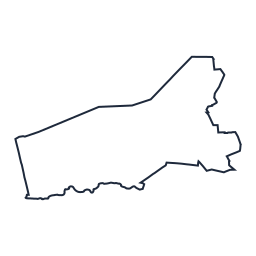 Ramatas pag., Mazsalacas, Latvia (Equal Earth projection)
{"feature_id": "27541924B28390820320084", "entity_name": "Ramatas pag.", "entity_type": "district", "adm_level": 2, "iso_a3": "LVA", "parent_name": "Latvia", "parent_adm1": "Mazsalacas", "projection": "equal_earth", "projection_center": [24.963, 57.985], "detail": "fine", "context": "isolated", "style": "outline", "palette": "slate", "viewbox_px": 256, "rotation_deg": 0, "n_neighbors": 0, "source": "geoboundaries", "source_scale": "gbopen_adm2", "svg_char_len": 5372}
<svg xmlns="http://www.w3.org/2000/svg" viewBox="0 0 256 256"><path d="M234.4,169.7L229.4,165.5L229.1,165.1L229.1,163.9L229.0,161.6L229.5,161.0L228.6,159.6L227.0,156.6L226.8,156.3L231.1,154.4L236.0,152.5L239.1,151.2L239.9,150.8L240.2,148.9L240.4,146.8L240.6,144.8L240.6,144.7L240.4,144.0L240.5,144.0L237.9,136.6L235.3,132.1L232.2,132.2L231.7,132.5L231.4,132.5L228.1,132.5L227.5,133.0L224.6,133.0L224.6,132.3L220.3,132.4L218.3,132.5L217.6,125.1L213.3,125.1L211.2,120.6L210.2,118.4L208.3,114.5L206.5,112.5L208.3,112.3L206.9,110.2L206.5,109.6L207.3,108.2L208.0,106.7L208.7,106.4L211.2,106.0L212.2,105.8L212.2,105.7L212.2,105.0L212.5,105.0L213.1,104.7L213.7,104.4L214.7,103.8L216.4,102.9L216.7,102.5L216.8,102.0L216.6,101.7L216.3,101.1L215.8,100.3L214.6,98.2L214.2,97.8L214.2,97.7L214.3,97.2L214.4,96.5L214.8,93.6L215.1,93.1L215.5,92.4L216.2,91.3L216.8,90.4L217.1,90.0L217.8,88.9L219.3,86.6L219.6,85.8L219.6,85.7L221.2,82.0L222.4,79.3L222.7,78.7L222.9,78.2L223.4,77.0L223.7,76.4L224.0,75.8L224.1,75.3L224.3,75.0L224.3,74.7L224.1,74.4L223.4,73.3L222.9,72.7L222.4,71.8L222.1,71.5L221.6,70.8L220.4,69.1L214.4,69.6L214.1,66.9L214.0,66.7L213.5,61.4L213.3,59.6L213.2,58.6L213.3,58.6L212.2,57.0L207.3,56.9L206.5,56.9L202.5,56.9L197.4,56.9L194.4,56.8L191.8,56.8L190.8,57.8L188.9,59.8L179.4,69.5L173.2,75.9L169.6,79.8L168.3,81.1L165.3,84.2L154.7,95.3L150.7,99.4L132.1,105.5L98.8,106.9L38.4,132.0L24.9,136.6L23.1,136.2L19.2,136.8L15.4,139.0L16.3,142.9L16.5,143.6L17.5,147.5L18.8,152.7L19.8,157.2L21.1,162.8L21.8,164.7L23.6,172.9L24.3,176.6L24.4,177.2L25.4,180.8L26.8,186.6L27.7,190.4L28.2,192.6L28.3,193.3L28.7,194.8L26.9,194.8L26.8,195.0L26.8,195.3L26.9,195.5L26.8,195.8L26.7,196.0L26.4,196.4L26.4,196.6L26.4,196.9L26.3,197.2L26.1,197.4L26.0,197.5L25.9,197.6L25.7,197.8L25.9,198.0L26.1,198.1L26.4,198.2L27.2,198.3L27.5,198.3L27.9,198.3L28.5,198.4L29.3,198.4L30.5,198.4L31.5,198.5L32.2,198.5L33.4,198.6L33.7,198.7L35.7,198.7L36.4,198.7L37.0,198.8L37.3,198.8L37.5,198.9L38.1,198.8L39.0,198.5L39.5,198.3L40.0,198.2L40.3,198.2L40.8,198.2L41.0,198.3L41.4,198.5L41.6,198.6L41.7,198.8L41.8,198.8L41.8,199.0L42.0,199.1L42.4,199.2L42.6,199.2L43.2,199.1L43.4,199.1L44.3,198.7L44.6,198.6L45.0,198.5L45.4,198.5L46.1,198.5L46.9,198.5L47.2,198.5L47.7,198.6L47.9,198.6L48.0,198.5L48.2,198.3L48.2,198.2L48.4,197.9L48.4,197.5L48.6,197.2L48.8,196.9L49.2,196.6L49.7,196.3L50.2,196.0L50.4,195.9L51.7,195.5L52.1,195.4L53.6,195.2L54.0,195.2L54.7,195.0L56.3,194.8L57.2,194.7L57.5,194.7L57.7,194.8L57.8,194.9L58.1,195.0L58.9,195.1L59.1,195.1L59.6,195.1L59.8,195.1L60.0,195.1L60.3,195.1L61.2,195.1L61.5,195.2L62.0,195.2L62.6,195.0L63.0,194.9L63.4,194.7L63.8,194.4L63.9,194.2L64.0,194.1L64.3,193.7L64.4,193.3L64.5,193.1L64.5,192.9L64.6,192.4L64.5,191.8L64.5,191.5L64.5,191.2L64.6,190.9L64.7,190.5L64.9,189.9L65.0,189.5L65.1,189.4L65.3,189.3L65.5,189.2L66.1,189.3L66.3,189.4L66.8,189.4L67.7,189.2L68.1,189.1L68.5,188.9L68.8,188.8L69.0,188.6L69.1,188.4L68.8,187.8L68.8,187.6L69.0,187.3L69.2,187.2L69.4,187.0L70.0,186.7L70.3,186.4L70.5,186.4L70.8,186.4L71.0,186.4L71.5,186.4L72.1,186.5L72.7,186.8L73.1,187.1L73.4,187.5L74.0,188.5L74.5,189.2L74.7,189.5L75.1,189.9L75.3,190.1L75.6,190.3L76.0,190.7L77.0,191.3L77.4,191.5L78.1,191.8L78.9,192.0L79.2,192.0L79.9,192.1L80.4,192.1L81.4,192.0L82.0,192.0L82.8,191.9L83.1,191.8L83.3,191.7L83.6,191.6L83.8,191.5L84.1,191.1L84.1,190.9L84.4,190.5L84.8,190.3L85.3,190.0L85.9,189.8L86.6,189.6L86.8,189.5L87.1,189.5L87.9,189.6L88.3,189.7L88.7,189.8L89.1,189.9L89.3,190.0L89.6,190.2L89.7,190.3L89.9,190.5L90.1,190.9L90.3,191.1L90.4,191.4L90.9,192.1L91.0,192.3L91.4,192.5L91.7,192.6L92.0,192.6L92.4,192.5L92.6,192.4L92.7,192.2L92.9,192.1L93.2,191.6L93.3,191.3L93.5,190.9L93.5,190.7L93.6,190.3L93.6,190.0L93.5,189.6L93.5,189.4L93.8,189.1L94.3,189.0L95.2,188.8L95.5,188.7L95.8,188.5L96.3,188.3L96.8,187.9L97.0,187.7L98.0,186.8L98.2,186.6L98.4,186.2L98.5,186.0L98.6,185.6L98.6,185.0L98.7,184.5L98.9,184.1L99.0,183.9L99.5,183.7L100.1,183.5L100.7,183.3L101.7,183.2L102.4,183.1L102.6,183.1L103.0,183.2L103.3,183.4L103.5,183.5L103.8,183.7L104.2,183.8L104.5,183.8L105.0,183.7L106.6,183.6L108.2,183.3L108.6,183.2L109.9,182.9L110.6,182.7L110.8,182.7L111.1,182.7L111.4,182.7L112.4,182.9L113.2,183.0L114.0,183.2L114.5,183.2L115.2,183.2L115.8,183.0L116.0,183.0L116.4,183.1L116.6,183.1L117.5,183.4L118.5,183.6L118.9,183.7L119.3,183.6L119.5,183.6L119.9,183.8L120.2,184.0L120.6,184.3L121.0,184.8L121.1,185.0L121.0,185.4L121.0,185.6L121.2,186.0L121.5,186.2L121.7,186.3L122.2,186.6L123.6,187.0L124.2,187.1L124.6,187.3L125.2,187.5L125.6,187.8L126.1,188.2L126.5,188.4L126.8,188.4L127.1,188.5L128.6,188.6L129.1,188.6L129.7,188.5L130.3,188.3L130.8,187.9L131.2,187.7L131.5,187.5L132.0,187.1L132.3,186.9L132.6,186.7L132.8,186.6L133.1,186.5L133.4,186.4L133.9,186.3L134.2,186.3L134.5,186.4L134.7,186.5L135.3,187.0L135.7,187.4L136.1,187.7L136.4,187.9L136.7,188.1L137.7,188.6L139.5,189.5L139.8,189.6L141.7,189.1L142.7,188.9L143.3,186.9L143.5,186.5L144.2,184.2L142.8,183.2L140.6,182.7L145.0,179.7L148.1,177.6L153.3,173.8L154.4,173.2L156.9,171.4L158.3,170.4L160.0,169.2L162.5,167.4L165.7,165.4L166.6,162.6L172.6,163.0L174.5,163.1L177.2,163.3L181.7,163.7L184.1,164.0L187.5,164.4L188.9,164.5L190.4,164.7L197.9,165.6L198.2,162.5L198.5,161.3L198.7,161.5L199.1,161.8L202.9,166.1L206.7,170.8L211.7,169.5L216.4,170.6L223.9,172.3L225.7,171.5L230.1,169.8L234.4,169.7Z" fill="none" stroke="#1e293b" stroke-width="2"/></svg>